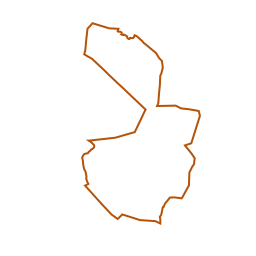 San Pedro Coxcaltepec Cántaros, Oaxaca, Mexico (Natural Earth projection), rotated 296°
{"feature_id": "50627088B12949539755090", "entity_name": "San Pedro Coxcaltepec Cántaros", "entity_type": "district", "adm_level": 2, "iso_a3": "MEX", "parent_name": "Mexico", "parent_adm1": "Oaxaca", "projection": "natural_earth1", "projection_center": [-97.096, 17.53], "detail": "fine", "context": "isolated", "style": "outline", "palette": "amber", "viewbox_px": 256, "rotation_deg": 296, "n_neighbors": 0, "source": "geoboundaries", "source_scale": "gbopen_adm2", "svg_char_len": 2119}
<svg xmlns="http://www.w3.org/2000/svg" viewBox="0 0 256 256"><g transform="rotate(296 128 128)"><path d="M206.6,50.2L199.5,48.1L189.0,51.8L179.3,55.5L175.0,56.4L174.7,60.5L174.5,65.1L169.6,80.9L168.0,85.6L163.7,99.1L161.4,107.0L159.4,113.1L154.5,128.7L152.3,135.7L148.0,135.7L141.5,135.8L137.1,135.8L127.3,135.9L124.4,132.7L113.6,120.7L111.6,117.5L108.8,113.1L100.0,99.2L99.5,98.3L99.1,101.1L98.8,102.0L98.5,102.8L98.3,103.3L98.2,103.9L97.9,104.7L97.2,105.5L95.7,106.0L94.6,105.7L94.0,105.3L93.4,105.1L92.4,104.2L91.5,104.2L89.7,103.5L89.4,103.1L88.5,103.1L87.7,103.0L87.2,102.2L86.5,101.4L85.7,100.3L84.7,99.9L82.9,99.7L81.0,99.9L80.1,100.8L78.0,102.3L76.7,103.0L76.1,103.5L75.2,104.0L74.7,104.4L73.8,105.0L72.7,106.0L71.7,106.8L70.5,108.4L69.9,109.0L69.3,109.8L68.2,110.3L67.6,110.9L67.2,111.3L66.4,111.6L65.9,112.1L65.1,112.4L64.1,112.7L62.9,113.8L62.3,114.5L62.0,114.8L61.0,116.0L60.4,116.9L57.4,114.7L48.6,136.5L43.1,150.9L41.7,158.6L47.8,160.8L50.5,179.2L56.3,193.5L56.3,198.9L59.5,197.4L62.1,195.6L64.7,195.9L71.7,194.1L72.5,194.1L72.7,194.6L76.1,194.4L83.9,196.2L86.1,200.4L88.3,207.1L90.1,207.3L103.2,207.9L114.9,202.7L121.1,202.7L124.6,203.2L126.8,202.3L127.0,202.2L130.0,201.3L132.9,196.3L137.3,186.8L142.0,191.6L170.5,187.3L174.3,184.1L171.5,174.3L168.9,167.2L169.0,161.0L160.5,144.5L163.5,144.4L173.3,140.5L180.1,138.0L189.2,134.1L192.0,134.0L197.5,132.8L199.7,131.4L203.1,129.1L203.4,128.3L204.4,125.5L206.7,121.8L207.6,120.6L211.1,106.3L211.4,104.6L212.4,102.6L214.3,95.8L214.3,93.3L213.4,93.2L212.8,93.4L212.4,93.6L212.1,93.6L211.4,93.3L210.9,92.9L210.6,92.3L210.3,91.4L210.1,90.6L209.5,90.2L208.9,90.2L208.7,90.3L208.4,90.0L208.3,89.2L208.6,88.3L208.8,87.8L209.1,87.5L209.6,87.2L210.0,86.8L210.0,86.5L210.0,86.0L210.1,85.7L210.2,85.2L210.2,84.8L210.1,84.5L210.0,84.0L210.0,83.6L210.1,83.4L210.1,83.1L209.8,83.0L209.5,82.9L209.4,82.6L209.2,81.7L209.2,81.0L209.4,81.1L210.3,80.9L210.7,80.7L211.1,80.1L211.1,79.1L211.1,78.5L210.8,78.0L210.4,77.3L210.3,76.7L210.5,76.2L213.0,75.9L212.8,75.4L211.6,73.0L211.3,71.9L209.4,67.7L207.9,58.5L206.6,50.2Z" fill="none" stroke="#b45309" stroke-width="2"/></g></svg>